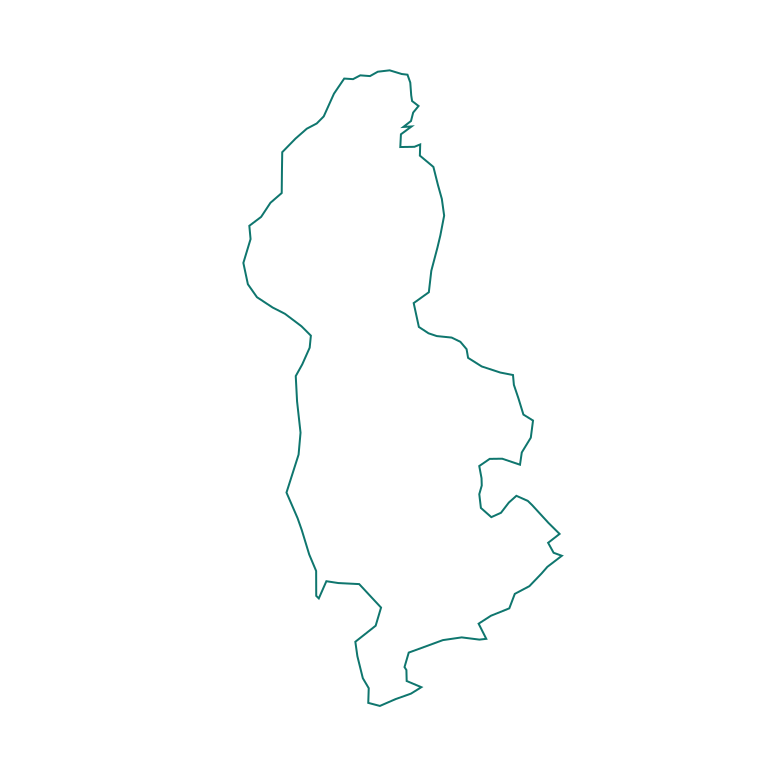 outline of Evretou, Paphos, Cyprus, rotated 51°
{"feature_id": "46923920B63021267781506", "entity_name": "Evretou", "entity_type": "district", "adm_level": 2, "iso_a3": "CYP", "parent_name": "Cyprus", "parent_adm1": "Paphos", "projection": "robinson", "projection_center": [32.482, 34.962], "detail": "fine", "context": "isolated", "style": "outline", "palette": "teal", "viewbox_px": 768, "rotation_deg": 51, "n_neighbors": 0, "source": "geoboundaries", "source_scale": "gbopen_adm2", "svg_char_len": 1701}
<svg xmlns="http://www.w3.org/2000/svg" viewBox="0 0 768 768"><g transform="rotate(51 384 384)"><path d="M121.6,222.7L126.9,240.2L138.1,262.4L139.2,272.3L137.0,283.4L137.6,298.4L139.8,317.2L154.4,329.4L171.2,343.3L171.7,358.2L176.8,374.3L176.3,389.1L187.4,396.5L201.4,417.1L220.8,427.0L236.6,428.1L254.5,422.4L267.1,416.8L287.2,411.8L300.4,410.4L309.0,418.9L317.3,435.2L322.3,447.6L342.8,462.5L369.3,479.5L385.1,494.8L407.0,528.1L427.1,533.7L433.9,535.6L445.7,539.8L469.4,549.4L486.6,554.4L506.0,570.0L509.6,569.6L501.0,552.9L509.9,544.8L523.9,529.2L555.9,527.0L566.6,542.6L566.3,568.5L578.8,576.0L599.3,585.6L610.8,587.3L621.9,596.9L631.6,589.8L636.2,573.2L641.6,557.9L643.1,545.8L629.1,553.3L620.4,546.6L616.9,546.2L608.3,533.8L620.1,499.4L629.8,483.1L642.7,470.7L646.4,464.9L629.8,461.3L631.4,446.7L637.2,427.8L629.4,414.4L632.6,398.2L630.4,380.7L628.9,372.1L629.4,353.9L621.9,358.4L610.7,356.4L611.0,341.9L595.6,343.6L571.2,345.1L565.4,345.8L554.2,351.5L554.7,361.6L557.7,374.1L555.0,384.4L541.3,386.7L529.6,379.3L524.4,371.9L518.6,367.5L507.7,361.6L508.7,349.0L516.4,339.2L532.3,329.1L523.9,320.0L518.1,303.7L506.2,291.2L495.5,294.9L479.6,288.5L466.4,283.6L458.2,278.1L448.3,286.4L431.9,297.0L416.6,302.2L408.9,297.9L399.3,298.1L390.5,302.2L380.0,312.8L372.6,317.5L361.6,321.0L339.8,310.0L340.9,291.4L325.8,276.0L311.6,256.6L303.9,246.6L291.0,231.3L276.6,222.6L263.2,216.8L246.4,209.0L229.1,212.4L220.6,205.1L218.8,211.1L210.1,222.2L200.6,213.7L201.2,200.5L196.4,207.2L196.6,197.5L191.4,190.5L189.7,182.2L181.8,184.1L176.8,181.2L166.3,173.9L158.4,171.1L154.3,175.1L143.8,182.2L137.4,192.3L135.9,201.1L129.2,208.2L127.6,216.2L121.6,222.7Z" fill="none" stroke="#0f766e" stroke-width="2"/></g></svg>